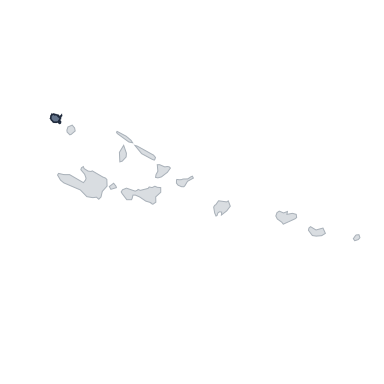 location of Vanua Lava, Torba, Vanuatu, rotated 311°
{"feature_id": "77236927B4251587034950", "entity_name": "Vanua Lava", "entity_type": "district", "adm_level": 2, "iso_a3": "VUT", "parent_name": "Vanuatu", "parent_adm1": "Torba", "projection": "mercator", "projection_center": [167.507, -13.839], "detail": "fine", "context": "in_parent", "style": "filled", "palette": "slate", "viewbox_px": 384, "rotation_deg": 311, "n_neighbors": 0, "source": "geoboundaries", "source_scale": "gbopen_adm2", "svg_char_len": 4741}
<svg xmlns="http://www.w3.org/2000/svg" viewBox="0 0 384 384"><g transform="rotate(311 192 192)"><path d="M124.8,88.2L127.8,103.9L131.2,103.8L132.9,103.0L135.0,99.3L135.9,93.5L137.7,92.7L139.9,93.3L138.9,95.2L139.6,99.8L141.3,102.4L142.5,102.8L144.8,114.9L145.7,117.4L145.6,119.5L140.8,124.0L133.6,123.9L128.5,126.6L125.4,126.4L125.4,123.3L122.7,120.9L119.5,115.7L120.3,106.4L114.8,89.3L114.7,85.0L116.6,79.4L118.5,79.1L121.0,83.8L124.8,88.2ZM155.4,148.6L157.5,149.6L158.6,149.6L159.3,151.9L165.9,156.5L167.7,156.4L169.2,159.0L172.0,160.2L172.8,162.8L174.8,165.5L171.3,168.6L164.5,167.8L160.6,171.4L157.1,170.5L156.5,168.6L157.0,168.0L154.8,163.1L153.9,155.7L152.5,151.3L150.9,149.5L147.7,151.1L146.5,151.4L143.4,147.8L144.9,140.6L145.6,138.5L148.1,138.1L151.9,140.0L155.4,148.6ZM243.5,285.3L241.4,287.7L239.5,287.4L227.6,282.0L228.1,279.8L227.6,274.1L228.9,271.0L232.2,269.7L234.8,270.4L236.3,274.9L239.9,276.8L237.4,278.3L241.8,281.8L243.5,285.3ZM202.8,217.8L207.3,224.7L209.1,225.2L206.4,230.2L200.6,230.6L193.9,229.3L196.3,227.6L195.1,225.7L193.0,225.3L190.7,226.3L189.6,225.9L191.1,222.8L194.8,218.3L196.0,218.0L197.0,217.9L198.0,218.3L202.8,217.8ZM195.9,160.0L190.7,160.5L183.3,159.0L180.3,157.0L179.1,154.9L181.6,153.4L185.3,152.6L189.8,147.9L191.4,149.7L193.1,155.0L195.0,156.6L196.0,158.2L195.9,160.0ZM250.7,314.5L248.3,319.8L244.1,318.5L240.2,314.7L238.1,311.4L239.5,305.0L241.5,303.9L243.6,304.2L244.7,310.5L250.7,314.5ZM192.1,142.6L191.3,142.6L190.5,140.4L187.9,128.8L189.7,118.3L190.7,120.5L194.6,138.8L194.1,141.8L192.1,142.6ZM202.8,181.2L204.2,181.9L203.4,183.9L197.1,181.6L192.1,182.5L190.6,182.4L189.1,180.6L188.0,177.0L188.5,174.4L190.7,172.6L191.5,172.3L193.0,174.5L194.5,176.0L195.9,176.7L199.1,180.2L202.8,181.2ZM178.2,117.1L175.2,119.3L169.5,119.1L167.4,117.8L174.3,111.2L182.4,109.8L178.2,117.1ZM163.3,61.4L161.4,63.8L156.2,63.0L155.0,62.3L155.3,58.4L156.6,57.0L159.7,55.7L163.9,57.7L163.3,61.4ZM158.9,44.6L158.2,45.1L157.1,44.7L154.4,39.0L155.1,37.1L158.5,35.3L161.6,38.5L161.8,40.2L161.8,41.7L161.4,43.0L159.3,43.6L158.9,44.6ZM191.0,112.0L190.2,114.9L188.3,111.5L187.1,97.2L187.6,95.8L188.6,95.7L190.9,105.7L191.0,112.0ZM269.3,346.0L267.7,348.7L265.2,348.7L262.0,346.8L262.6,344.4L266.2,344.0L267.3,344.1L269.3,346.0ZM146.5,130.8L145.7,132.1L140.8,129.0L141.9,126.0L147.2,127.1L146.5,130.8Z" fill="#d9dde1" stroke="#a8b0b8" stroke-width="1"/><path d="M155.1,37.0L154.9,37.0L155.0,37.2L155.0,37.3L155.3,37.5L155.2,37.4L154.9,37.2L154.8,37.3L154.7,37.4L154.6,37.6L154.4,37.9L154.4,38.0L154.3,38.3L154.2,38.3L154.1,38.5L154.1,38.9L154.2,39.0L154.1,39.3L154.1,39.5L154.1,39.8L154.1,40.2L154.0,40.3L154.1,40.6L154.0,40.8L153.9,40.9L153.8,41.0L153.9,41.3L153.9,41.5L154.0,41.6L154.0,41.8L154.0,42.0L154.4,42.3L154.5,42.6L154.8,42.7L154.8,42.8L154.9,43.0L155.0,43.1L155.1,43.3L155.2,43.5L155.4,43.5L155.6,43.8L155.8,43.9L155.8,44.1L156.0,44.2L156.2,44.3L156.4,44.3L156.5,44.4L156.6,44.5L156.8,44.7L156.8,44.8L157.0,44.9L157.0,45.0L157.0,45.5L156.9,45.7L156.9,45.8L156.8,46.0L156.8,46.3L156.8,46.6L156.9,46.8L156.9,47.0L157.0,47.0L157.2,47.3L157.5,47.4L157.8,47.4L158.0,47.3L158.1,47.2L158.3,47.1L158.5,46.9L158.6,46.7L158.8,46.7L158.9,46.2L158.8,45.9L158.7,45.9L158.4,45.7L158.3,45.4L158.4,45.2L158.2,45.2L158.2,44.9L158.3,44.7L158.5,44.7L158.9,44.7L159.0,44.8L159.0,44.7L159.4,44.7L159.5,44.7L159.8,44.5L160.0,44.4L160.3,44.2L160.7,44.3L160.9,44.6L161.0,44.5L160.9,44.5L160.9,44.4L161.0,44.4L161.3,44.3L161.5,44.4L161.4,44.3L161.5,44.3L161.5,44.2L161.7,43.9L161.9,43.9L162.0,43.9L162.1,43.7L162.4,43.5L162.6,43.5L162.8,43.5L163.0,43.5L163.2,43.4L163.3,43.2L163.2,43.1L162.9,42.9L162.7,42.7L162.5,42.8L162.4,42.9L162.3,43.0L162.2,43.0L161.9,43.1L161.7,42.9L161.3,42.7L161.3,42.2L161.2,42.1L161.2,41.8L161.3,41.5L161.2,41.6L160.9,41.5L161.1,41.5L161.2,41.4L161.2,41.2L161.3,41.1L161.4,40.8L161.6,40.6L161.8,40.6L162.0,40.8L162.0,41.0L162.2,40.8L162.2,40.7L161.9,40.5L161.8,40.4L161.7,40.3L161.6,40.2L161.7,39.9L161.6,39.7L161.4,39.4L161.4,39.5L161.3,39.4L161.2,39.1L160.9,39.0L161.0,39.0L161.1,38.9L161.0,38.7L160.9,38.5L160.8,38.3L160.7,38.2L160.6,37.9L160.6,37.7L160.4,37.6L160.4,37.4L160.4,37.2L160.3,36.9L160.2,37.0L160.2,36.9L160.2,37.0L160.1,36.9L160.0,36.6L159.8,36.4L159.7,36.3L159.6,36.2L159.4,36.0L159.2,36.0L159.1,35.9L158.9,36.0L158.8,35.9L158.7,35.8L158.7,35.7L158.6,35.8L158.5,35.7L158.4,35.6L158.3,35.4L158.2,35.4L158.0,35.5L157.9,35.5L157.7,35.5L157.4,35.5L157.2,35.5L157.1,35.8L156.8,35.8L156.7,35.8L156.3,36.0L156.2,36.1L156.0,36.3L155.9,36.3L155.7,36.4L155.7,36.5L155.5,36.8L155.4,36.8L155.2,36.9L155.3,36.9L155.1,37.0ZM164.3,43.1L164.2,43.1L163.9,43.1L163.8,43.3L163.6,43.4L163.6,43.5L163.8,43.6L164.1,43.5L164.2,43.4L164.2,43.2L164.3,43.1Z" fill="#64748b" stroke="#1e293b" stroke-width="1.5"/></g></svg>